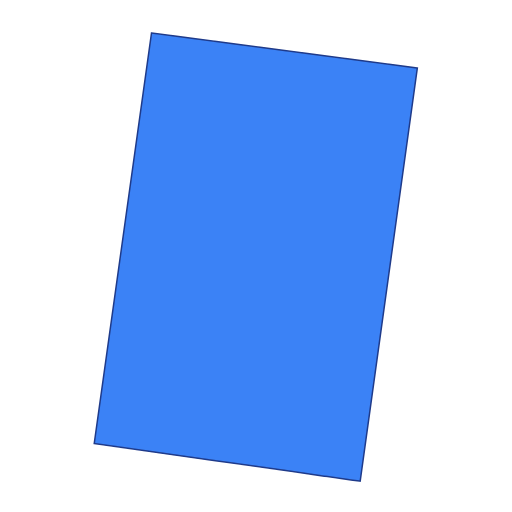 outline of Chase, Nebraska, United States of America, rotated 278°
{"feature_id": "52423323B38748584325831", "entity_name": "Chase", "entity_type": "district", "adm_level": 2, "iso_a3": "USA", "parent_name": "United States of America", "parent_adm1": "Nebraska", "projection": "equal_earth", "projection_center": [-101.923, 40.524], "detail": "fine", "context": "isolated", "style": "filled", "palette": "blue", "viewbox_px": 512, "rotation_deg": 278, "n_neighbors": 0, "source": "geoboundaries", "source_scale": "gbopen_adm2", "svg_char_len": 294}
<svg xmlns="http://www.w3.org/2000/svg" viewBox="0 0 512 512"><g transform="rotate(278 256 256)"><path d="M47.7,320.4L47.4,354.1L47.6,356.7L47.4,382.2L47.6,390.5L464.6,389.6L462.3,121.5L47.8,121.9L47.6,245.0L47.7,258.6L47.7,320.4Z" fill="#3b82f6" stroke="#1e3a8a" stroke-width="1.5"/></g></svg>